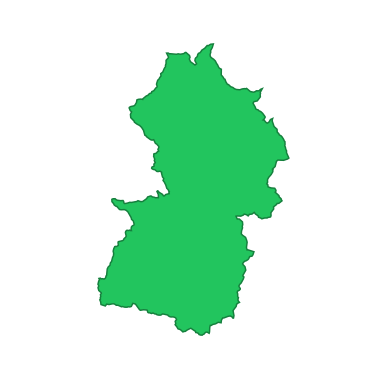 outline of Huaraz, Áncash, Peru, rotated 117°
{"feature_id": "86281439B31428964114351", "entity_name": "Huaraz", "entity_type": "district", "adm_level": 2, "iso_a3": "PER", "parent_name": "Peru", "parent_adm1": "Áncash", "projection": "robinson", "projection_center": [-77.639, -9.574], "detail": "fine", "context": "isolated", "style": "filled", "palette": "green", "viewbox_px": 384, "rotation_deg": 117, "n_neighbors": 0, "source": "geoboundaries", "source_scale": "gbopen_adm2", "svg_char_len": 6060}
<svg xmlns="http://www.w3.org/2000/svg" viewBox="0 0 384 384"><g transform="rotate(117 192 192)"><path d="M234.9,260.1L237.0,258.9L238.0,256.5L238.9,255.4L239.2,253.5L239.0,252.3L240.5,248.7L240.0,247.1L238.4,244.3L238.2,242.4L238.8,240.1L242.5,234.5L243.8,233.5L244.4,231.2L247.0,228.9L247.8,228.8L249.5,229.9L250.8,230.1L253.5,229.1L253.9,228.5L254.3,229.2L254.3,230.3L255.1,230.9L255.6,232.6L257.1,233.2L258.4,232.9L261.2,230.6L262.5,230.6L264.4,231.4L265.6,231.2L266.8,231.7L269.7,235.1L270.7,234.9L273.0,233.4L274.7,234.3L275.2,235.5L275.7,236.0L277.9,236.0L280.5,235.4L282.3,233.9L284.7,233.0L286.2,233.1L290.5,232.1L291.8,232.5L292.7,232.4L294.6,231.8L296.7,232.6L299.0,232.6L305.1,230.2L306.0,230.5L307.0,230.1L308.3,230.1L309.6,230.9L309.7,232.1L310.5,233.2L310.4,234.6L311.3,235.7L312.2,234.5L313.7,234.7L316.9,233.9L317.7,232.7L318.7,232.3L319.6,232.4L320.5,231.8L322.1,230.3L322.9,227.3L323.4,226.8L325.0,227.0L326.4,225.9L327.9,225.7L329.1,224.9L329.9,225.2L331.4,223.5L333.6,222.0L332.9,217.5L330.6,217.1L330.0,214.9L327.9,212.3L327.2,211.0L327.0,210.3L327.3,208.1L326.5,206.5L326.3,202.7L325.6,201.9L325.2,199.8L324.1,197.5L323.3,196.9L322.6,195.2L321.5,194.1L318.1,194.2L317.5,191.5L320.7,185.3L320.8,184.3L318.9,181.7L317.8,179.0L317.7,178.1L319.1,177.0L319.4,176.1L318.8,174.6L318.7,173.0L317.5,171.8L317.5,169.6L317.0,168.5L317.3,167.5L316.8,165.8L316.1,164.3L315.4,163.6L314.1,163.0L313.7,161.9L312.6,157.7L313.0,157.1L313.2,155.6L312.9,154.0L311.8,152.1L311.5,149.8L311.8,149.0L312.8,147.8L314.8,148.3L316.7,146.7L317.9,146.8L318.9,144.5L320.3,142.3L319.9,139.9L320.8,136.5L320.2,136.2L319.2,134.7L316.9,133.5L313.9,131.2L314.6,125.6L315.5,124.9L315.1,123.7L315.1,121.9L315.8,121.1L315.6,119.5L314.9,117.9L313.9,117.5L313.2,116.8L311.7,116.5L310.5,115.9L310.0,114.9L310.1,112.6L308.9,112.8L304.4,114.8L302.5,115.2L302.0,114.1L300.7,113.5L298.7,111.1L296.2,109.5L295.3,106.7L292.8,107.6L290.4,107.5L289.8,106.5L286.5,103.5L285.1,101.7L285.1,99.7L285.8,98.2L285.5,97.8L283.1,98.5L279.0,101.6L273.9,100.7L271.8,101.3L270.3,100.7L268.8,99.6L267.9,101.6L266.4,102.5L265.1,102.6L264.5,103.8L262.1,105.0L260.9,106.2L259.6,106.4L258.2,105.3L256.9,104.9L256.1,105.2L254.9,107.2L254.3,107.6L252.6,107.5L250.8,106.9L246.2,106.8L244.3,107.1L243.9,107.5L243.7,108.6L243.2,108.8L237.2,108.6L234.5,110.9L233.5,113.6L232.7,114.4L230.0,113.8L228.5,112.4L226.9,111.5L225.9,111.2L223.4,111.3L221.9,109.4L220.2,109.2L217.1,109.7L218.2,116.1L218.6,116.7L216.7,118.3L211.7,120.1L210.2,121.4L208.1,123.7L207.6,127.3L206.9,129.1L204.1,130.2L201.0,130.7L199.9,131.6L198.0,132.0L195.7,133.5L194.6,137.6L195.5,139.5L193.6,141.8L192.8,140.8L191.3,137.5L189.1,135.7L188.0,135.5L187.4,132.8L187.8,132.0L187.7,131.0L185.9,130.8L184.4,128.5L181.9,127.3L182.8,125.5L183.2,122.4L184.3,121.2L184.0,119.1L184.2,117.6L182.1,115.4L181.0,113.2L180.4,113.0L178.6,110.7L177.3,110.8L174.6,112.3L170.1,111.5L168.2,112.6L164.8,111.0L163.6,111.0L162.7,109.5L159.0,107.8L158.1,109.2L157.5,109.6L156.9,111.9L155.7,113.0L154.4,117.8L153.4,117.6L152.3,118.0L151.1,120.0L152.5,123.5L152.9,126.5L151.0,127.9L150.8,129.1L148.8,129.1L147.9,129.8L146.3,130.4L144.1,130.3L140.5,129.4L137.2,129.2L136.3,129.9L135.4,129.8L135.1,130.7L131.6,129.5L126.2,130.7L124.5,129.9L122.2,124.8L119.2,121.8L117.8,121.1L114.1,125.6L112.3,126.5L111.4,127.8L109.6,129.2L108.8,130.3L107.4,130.7L104.9,132.1L104.5,133.2L103.6,134.1L102.0,136.8L101.5,138.2L101.5,140.1L100.6,141.2L99.9,143.3L97.5,144.7L96.4,148.6L92.5,152.6L91.1,153.3L89.9,153.5L91.8,155.0L94.5,155.1L96.3,156.0L96.5,156.3L96.4,157.7L95.2,160.4L95.5,161.3L94.1,160.8L92.0,160.8L91.5,161.5L89.8,164.8L89.2,166.9L89.1,167.8L89.3,168.8L88.8,170.4L89.1,171.9L88.9,173.1L87.8,174.0L85.2,177.9L84.5,178.0L83.3,177.7L81.2,175.2L76.2,174.3L74.2,175.5L73.1,175.7L72.4,176.4L68.0,176.3L69.5,177.6L71.4,178.2L72.7,180.7L73.7,181.1L75.1,182.4L76.0,185.6L74.9,190.4L75.9,191.4L76.0,192.1L77.4,194.1L79.2,195.8L80.5,199.0L80.7,201.0L80.3,203.1L80.6,205.2L79.7,208.3L80.0,209.3L78.4,211.9L76.6,213.8L76.6,215.0L75.7,216.1L74.4,219.1L69.3,221.6L69.3,223.6L68.9,224.7L66.9,227.2L66.4,228.4L64.7,230.6L63.9,233.0L63.5,236.1L62.7,237.4L61.4,238.3L58.7,238.8L57.9,239.6L54.1,239.5L50.4,240.2L51.9,242.5L54.1,243.8L54.6,245.0L58.1,245.9L61.5,247.8L62.2,247.6L64.5,248.2L65.5,249.2L67.0,249.3L68.9,248.8L71.0,249.6L71.9,249.6L73.7,249.0L75.7,246.1L77.5,247.0L76.6,252.5L74.7,254.8L72.9,254.9L71.5,256.2L70.4,260.8L70.8,261.4L72.5,262.2L74.5,264.9L75.2,267.1L76.3,268.3L78.7,274.2L79.1,274.5L79.0,276.3L79.8,277.7L82.5,274.1L83.6,274.1L86.4,274.9L89.4,273.4L91.1,273.2L92.4,272.5L94.4,272.8L98.4,272.5L100.8,273.6L102.7,272.3L104.8,272.7L106.4,272.7L108.0,273.3L111.6,272.7L112.2,272.5L113.6,271.0L114.6,270.9L115.9,271.5L119.1,272.0L120.8,273.4L122.1,273.1L123.7,274.6L125.8,275.2L127.3,276.4L131.2,278.1L131.9,277.9L132.4,279.7L133.8,281.9L134.9,282.9L137.6,282.1L140.5,282.3L141.7,282.9L143.7,285.4L144.9,286.2L145.6,286.2L147.5,284.0L148.0,282.2L150.8,282.1L153.6,280.3L155.2,275.6L155.9,275.1L156.0,274.6L156.5,271.9L156.5,268.9L157.3,266.3L159.1,263.2L162.8,259.8L162.8,258.6L163.4,257.5L164.2,252.7L163.9,251.1L162.8,249.9L165.3,246.6L165.3,245.3L166.5,242.3L167.2,241.8L169.5,241.7L170.7,240.3L171.9,241.1L173.6,241.4L175.2,243.2L175.6,243.3L176.6,242.6L177.5,242.5L179.7,240.1L181.1,239.9L182.5,238.1L184.5,238.6L186.1,237.5L188.0,239.0L189.1,238.8L189.4,238.3L189.5,236.7L189.0,235.3L189.6,232.6L189.2,231.5L188.0,230.0L188.2,228.0L189.2,227.6L192.0,225.1L192.8,223.3L194.9,223.0L195.6,221.4L197.7,218.5L200.1,216.2L200.8,214.1L201.8,213.2L201.9,212.4L203.3,212.2L203.8,211.6L206.2,214.3L207.9,214.8L208.3,215.3L208.3,216.0L207.5,217.1L207.2,221.1L206.5,222.7L206.6,223.2L207.4,223.5L209.6,220.8L212.3,219.4L213.7,222.0L213.8,223.3L214.4,225.1L214.1,226.4L214.5,227.3L216.6,229.3L218.5,229.4L222.8,231.6L223.8,233.1L224.3,236.2L225.6,237.0L228.8,241.2L229.4,242.7L231.4,244.7L232.9,246.8L232.6,247.8L231.3,248.7L230.9,249.6L232.1,251.6L233.2,254.7L233.3,255.8L232.9,257.5L233.9,259.3L234.9,260.1Z" fill="#22c55e" stroke="#15803d" stroke-width="1.5"/></g></svg>